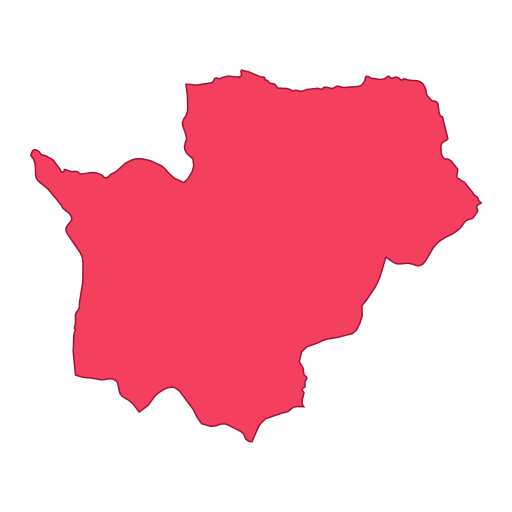 the border of Cuanza Sul
{"feature_id": "AGO-1879", "entity_name": "Cuanza Sul", "entity_type": "Province", "adm_level": 1, "iso_a3": "AGO", "parent_name": "Angola", "parent_adm1": "", "projection": "albers", "projection_center": [15.061, -10.94], "detail": "fine", "context": "isolated", "style": "filled", "palette": "rose", "viewbox_px": 512, "rotation_deg": 0, "n_neighbors": 0, "source": "natural_earth", "source_scale": "10m", "svg_char_len": 4715}
<svg xmlns="http://www.w3.org/2000/svg" viewBox="0 0 512 512"><path d="M75.5,375.1L73.2,351.7L73.8,335.8L74.3,332.5L75.6,329.9L74.4,328.6L74.5,326.9L75.1,325.1L75.5,323.3L75.4,315.3L75.6,314.0L76.3,312.4L79.0,308.6L79.4,306.8L79.4,302.8L82.8,281.9L82.9,273.3L83.0,262.6L82.3,257.2L80.1,252.5L67.2,233.5L66.0,230.7L66.0,228.2L67.2,225.7L71.5,220.4L71.8,218.0L70.8,215.7L69.1,213.3L63.1,208.4L62.1,206.9L61.5,205.3L47.8,188.8L38.5,181.3L36.4,178.3L35.7,175.6L35.3,165.7L34.8,162.5L33.6,159.3L30.7,155.3L32.5,150.9L33.0,150.4L33.6,149.9L34.3,149.7L35.6,149.8L37.2,150.4L39.4,152.0L40.3,153.2L40.8,154.1L41.3,154.7L42.2,155.0L43.9,155.2L45.4,155.6L52.2,159.4L53.9,160.8L54.7,162.0L55.6,163.4L60.0,169.3L61.1,171.5L61.7,172.0L62.6,172.1L64.0,171.7L64.3,171.1L64.2,170.4L64.0,169.9L64.4,169.5L65.4,169.5L69.4,171.0L71.5,171.5L75.9,171.4L77.3,171.7L78.7,172.6L79.3,173.3L80.4,173.9L82.1,174.0L90.5,172.7L92.8,172.6L95.5,172.8L99.5,174.0L101.7,175.1L103.1,176.2L103.9,177.1L104.4,177.6L104.9,177.8L105.7,177.9L107.1,177.5L108.0,177.0L110.8,174.4L116.3,171.4L125.4,163.3L128.8,161.4L132.2,159.8L135.6,158.9L138.9,158.7L142.2,158.9L146.3,159.7L150.8,160.9L161.6,165.9L165.2,169.1L167.9,172.3L174.2,178.2L183.9,182.6L188.1,178.4L192.0,172.0L193.1,168.3L193.7,165.5L192.9,158.9L188.7,155.2L186.5,152.8L184.7,149.4L184.5,146.2L185.4,142.6L186.7,139.0L185.6,133.8L182.8,125.9L182.4,122.4L184.1,118.4L186.1,115.6L187.4,111.7L187.7,106.6L187.4,96.0L186.0,84.3L191.3,84.4L194.4,85.1L195.9,85.2L211.3,82.8L212.3,82.3L213.2,81.3L214.3,79.0L215.3,78.2L217.0,78.0L218.4,78.5L219.9,78.8L221.6,77.6L222.4,77.6L227.6,76.1L239.0,77.1L241.0,76.0L241.5,74.7L240.9,71.6L241.4,70.2L242.5,70.2L243.9,70.8L248.2,71.6L259.8,76.6L261.2,77.0L263.3,77.1L264.7,77.6L265.0,79.7L267.6,80.5L268.4,81.4L269.0,82.4L269.8,83.1L270.8,83.4L273.5,83.8L274.7,84.2L275.6,85.1L277.4,87.7L278.2,88.2L281.3,88.2L283.0,88.3L283.7,88.7L285.0,88.3L287.9,88.8L290.9,89.9L292.6,91.3L294.9,90.2L297.0,90.4L299.1,91.0L301.4,91.3L303.4,90.8L306.7,89.5L317.8,88.3L318.8,88.5L321.0,89.2L322.3,89.3L322.5,89.0L322.9,88.3L323.5,87.7L324.2,87.3L327.6,87.4L330.3,88.2L332.8,88.4L337.2,86.1L339.0,86.3L342.1,87.3L344.9,87.5L358.5,86.4L360.7,85.7L362.5,84.2L363.9,82.2L364.9,80.3L365.3,78.7L365.4,77.5L365.9,76.6L367.4,76.3L368.6,76.6L370.6,78.0L371.4,78.3L374.3,78.5L378.9,79.4L381.6,79.4L383.3,79.1L384.8,78.6L386.1,77.8L387.2,76.8L388.5,76.1L389.6,76.7L390.4,77.8L391.1,78.3L392.9,78.0L394.2,77.5L395.6,77.1L397.5,77.4L398.6,77.9L401.5,80.4L403.4,78.8L405.4,79.0L407.8,79.9L411.0,80.4L417.1,80.7L419.8,81.6L422.4,83.4L423.7,85.1L425.0,87.3L425.9,90.0L426.3,93.1L427.0,95.4L428.8,97.5L430.5,99.1L431.3,100.1L431.9,100.7L435.1,101.3L436.2,101.6L437.4,102.8L437.9,103.7L439.2,113.1L440.4,115.8L442.5,116.9L447.9,138.9L446.2,140.4L443.9,141.5L441.8,143.2L440.9,146.4L441.2,152.5L441.7,155.1L442.9,157.1L443.7,158.1L444.4,158.7L445.5,159.0L447.3,159.1L448.8,159.4L449.9,160.1L450.6,160.7L451.3,161.1L457.6,169.1L457.7,170.6L456.7,175.7L457.0,177.6L457.8,178.4L458.9,178.8L461.0,180.4L464.5,182.3L472.9,192.8L473.3,193.8L474.1,194.7L477.5,197.4L479.1,201.2L480.2,202.0L481.3,202.9L477.2,205.4L476.9,206.2L476.7,207.3L476.9,208.2L477.4,209.0L477.7,210.2L477.7,210.9L477.2,211.9L473.4,217.5L472.6,218.3L472.1,218.6L468.8,219.4L465.7,220.9L460.1,228.2L456.7,231.1L453.1,233.5L445.0,237.6L439.7,241.0L436.2,244.2L433.4,247.6L425.1,261.5L422.6,264.3L419.8,265.6L417.3,265.7L415.6,265.3L413.4,264.4L408.4,263.2L399.8,263.9L396.3,263.7L393.6,262.5L385.9,257.2L380.0,276.7L377.4,282.9L374.5,288.3L365.7,301.2L361.9,305.6L362.2,315.7L359.9,323.2L356.5,330.1L352.6,333.5L338.0,337.3L327.0,339.1L323.0,340.4L318.1,342.8L306.9,346.7L301.5,352.0L299.3,361.9L302.9,367.7L303.5,370.4L303.5,371.7L303.8,373.7L304.1,374.8L304.8,375.6L305.6,376.1L306.5,377.0L306.8,377.9L306.7,378.6L306.4,379.3L306.0,379.9L305.3,381.3L305.0,382.0L305.0,382.9L305.0,385.7L305.0,386.5L304.6,387.2L304.1,387.6L303.3,387.9L302.7,388.4L302.1,389.1L302.1,389.8L302.4,390.4L303.4,391.7L303.9,392.5L304.0,393.3L303.4,394.9L303.3,396.0L302.4,398.9L302.0,402.7L302.3,404.3L302.6,405.1L303.8,406.7L296.8,406.6L293.6,407.1L291.1,408.9L289.2,410.7L287.9,411.5L286.0,412.2L281.7,413.1L265.6,418.8L261.7,422.4L258.9,425.8L252.0,441.8L248.9,441.3L245.8,439.2L244.9,436.7L243.5,434.0L241.1,431.7L228.0,424.9L224.6,423.9L221.3,424.0L215.1,426.0L210.3,426.3L201.7,423.7L197.3,417.7L193.4,409.7L179.6,391.1L174.7,387.5L171.9,387.2L168.3,387.6L164.8,388.9L158.1,393.1L155.1,395.7L148.2,405.3L139.3,412.0L132.4,403.3L128.8,400.3L122.2,396.3L120.1,393.6L119.1,390.4L117.8,383.4L116.2,380.7L113.3,379.3L110.2,378.7L101.9,379.9L89.9,377.8L86.4,377.7L82.6,377.2L75.5,375.1L75.5,375.1Z" fill="#f43f5e" stroke="#9f1239" stroke-width="1.5"/></svg>